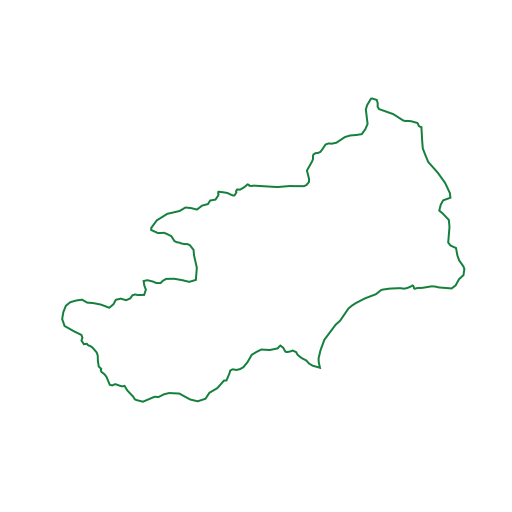 SVG path tracing the border of Manawatu-Wanganui, rotated 258°
{"feature_id": "NZL-3334", "entity_name": "Manawatu-Wanganui", "entity_type": "Regional Council", "adm_level": 1, "iso_a3": "NZL", "parent_name": "New Zealand", "parent_adm1": "", "projection": "mercator", "projection_center": [175.592, -39.627], "detail": "fine", "context": "isolated", "style": "outline", "palette": "green", "viewbox_px": 512, "rotation_deg": 258, "n_neighbors": 0, "source": "natural_earth", "source_scale": "10m", "svg_char_len": 3286}
<svg xmlns="http://www.w3.org/2000/svg" viewBox="0 0 512 512"><g transform="rotate(258 256 256)"><path d="M183.6,440.6L187.2,428.4L188.7,425.3L189.8,421.7L190.3,411.6L191.1,407.5L191.1,406.6L191.0,405.4L191.0,404.4L191.5,403.9L192.5,403.9L193.8,403.7L194.6,403.1L193.8,400.4L193.3,397.6L193.2,395.0L193.4,393.5L194.6,390.3L196.3,380.1L196.8,373.0L196.6,371.2L195.8,369.6L193.7,365.4L191.9,353.8L189.3,344.2L187.5,339.5L185.4,335.5L175.1,324.7L172.3,319.7L159.9,305.5L150.4,299.5L142.8,295.9L139.3,295.3L133.4,295.3L137.0,288.5L139.8,285.5L143.3,283.5L146.7,279.4L150.6,276.2L153.7,275.2L155.9,272.2L155.5,269.7L155.6,266.3L156.2,265.0L157.6,264.4L160.7,263.5L163.3,261.2L162.3,259.5L161.1,258.0L161.2,249.8L163.4,241.8L162.1,236.6L160.2,231.2L153.9,225.6L149.9,220.6L148.7,216.9L148.6,213.0L149.4,211.3L150.0,209.5L149.3,207.0L146.5,205.5L140.4,201.2L140.8,198.8L134.8,190.7L131.9,182.0L126.9,176.9L126.0,168.8L129.3,161.8L137.4,152.4L140.0,142.6L139.9,137.5L138.3,131.2L139.4,127.6L138.3,121.9L137.0,115.1L140.0,109.0L140.5,108.3L141.2,107.6L144.1,106.6L146.4,105.1L151.2,102.2L156.3,100.4L156.2,98.9L156.5,97.4L159.9,91.7L159.3,88.4L160.4,86.2L168.9,84.6L172.0,83.1L174.8,80.7L176.4,80.4L177.9,81.1L179.1,80.2L180.6,79.2L186.1,79.5L191.5,80.5L194.8,80.1L200.3,77.1L202.6,75.0L203.1,73.8L203.9,73.0L205.3,72.3L205.5,69.3L209.5,67.7L212.2,69.2L215.1,68.8L220.1,62.4L227.3,54.2L234.7,53.3L241.2,55.9L246.9,59.7L249.4,64.7L249.8,69.8L249.8,72.1L249.4,76.8L245.5,81.2L243.8,87.0L240.7,94.2L235.9,101.7L238.4,106.5L242.3,109.8L242.4,114.9L239.8,119.7L240.6,124.0L243.3,127.1L243.5,129.9L242.4,132.1L241.2,138.5L246.0,141.3L250.5,140.6L254.9,140.9L254.9,144.7L252.6,149.6L250.2,153.0L249.4,157.0L251.2,159.9L252.3,163.4L250.7,171.4L247.7,178.8L244.6,185.3L245.1,192.2L256.9,195.7L269.4,195.5L275.0,196.2L280.4,193.5L281.9,191.4L282.5,188.6L283.6,186.0L285.1,183.6L286.0,181.3L287.6,179.3L293.0,177.3L296.6,172.8L297.0,171.9L297.7,171.3L298.8,164.9L303.2,158.9L305.3,159.4L311.5,166.4L315.7,178.0L315.9,190.5L318.1,197.1L316.4,202.4L313.7,207.9L316.5,213.8L316.8,219.8L319.8,222.7L319.6,228.1L322.4,231.0L323.8,232.1L325.1,232.0L326.0,232.3L326.6,232.5L326.6,233.2L326.1,234.1L325.6,236.0L323.6,241.1L321.2,244.2L319.9,246.3L319.7,247.4L320.3,248.2L322.3,250.0L323.7,250.0L325.0,251.5L324.2,254.2L325.7,258.8L327.8,262.6L327.2,263.7L326.1,264.1L325.4,266.1L325.3,268.4L319.0,291.2L317.5,303.0L314.5,316.6L314.4,317.9L314.9,320.0L317.4,323.2L320.1,323.9L329.0,323.6L337.1,330.7L339.1,332.0L341.3,332.3L342.4,332.7L343.4,333.4L344.2,335.5L343.9,337.9L344.4,340.5L346.0,342.5L350.6,347.2L351.0,350.5L350.1,353.4L350.1,358.2L353.9,367.8L354.3,373.3L353.5,379.4L353.2,384.8L357.3,389.3L362.0,392.6L376.5,393.9L380.5,396.1L386.0,401.2L385.8,402.6L383.5,406.6L380.1,406.8L376.7,406.0L374.1,406.9L366.2,419.8L358.1,428.0L356.9,430.3L356.7,432.1L356.1,434.2L355.4,436.1L352.7,441.3L351.8,441.9L349.6,442.2L348.6,443.0L347.7,444.6L334.9,442.6L326.5,441.5L319.2,442.7L312.2,444.0L299.7,451.1L288.1,456.2L277.3,458.7L272.6,458.3L271.5,450.6L267.8,447.4L262.3,444.7L258.7,447.5L251.2,452.1L244.2,451.3L229.2,446.8L225.8,448.4L222.2,453.3L218.6,453.2L214.6,453.1L209.5,453.8L202.7,456.7L200.0,457.1L194.2,455.0L191.2,449.9L185.7,445.1L183.6,440.6Z" fill="none" stroke="#15803d" stroke-width="2"/></g></svg>